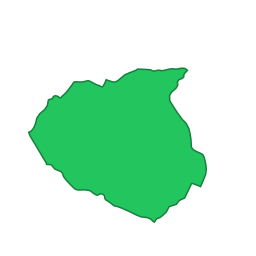 Zimbabwe, Equal Earth projection, rotated 113°
{"feature_id": "ZWE", "entity_name": "Zimbabwe", "entity_type": "country or territory", "adm_level": 0, "iso_a3": "ZWE", "parent_name": "Africa", "parent_adm1": "", "projection": "equal_earth", "projection_center": [29.641, -19.023], "detail": "fine", "context": "isolated", "style": "filled", "palette": "green", "viewbox_px": 256, "rotation_deg": 113, "n_neighbors": 0, "source": "natural_earth", "source_scale": "50m", "svg_char_len": 2101}
<svg xmlns="http://www.w3.org/2000/svg" viewBox="0 0 256 256"><g transform="rotate(113 128 128)"><path d="M170.8,217.7L169.0,216.2L166.6,215.2L163.5,214.8L159.5,214.9L154.6,215.8L149.3,214.8L143.7,212.0L139.0,211.0L133.4,212.2L133.2,212.2L132.2,211.3L130.7,209.2L128.1,208.9L127.4,208.4L126.8,207.6L126.5,206.6L126.3,205.5L126.7,202.2L126.5,201.8L125.8,201.4L124.4,201.0L121.0,199.4L116.8,198.0L109.9,196.3L107.3,195.9L106.6,195.4L105.9,194.2L104.5,190.3L103.3,187.7L100.3,183.7L99.8,182.5L100.0,179.4L100.2,176.8L100.5,174.6L100.3,172.6L100.3,170.1L100.4,168.4L100.0,167.7L98.9,167.2L95.8,166.9L92.1,167.0L92.0,164.5L91.6,160.5L90.9,158.2L90.0,157.1L88.3,155.8L84.9,154.1L80.1,151.6L76.1,147.7L71.5,143.0L70.0,142.2L68.3,137.7L65.6,130.1L65.8,127.5L65.4,126.3L62.8,122.5L62.3,120.5L61.8,118.6L57.7,113.1L56.3,110.6L55.3,107.6L54.2,105.1L53.3,104.1L52.2,102.4L51.4,100.5L51.0,99.0L51.3,97.1L51.7,95.8L55.5,97.2L57.6,97.3L59.2,96.6L61.2,97.5L63.7,100.0L66.3,100.5L69.1,98.9L73.0,99.4L77.8,101.9L81.9,102.4L86.6,100.2L90.9,94.1L94.8,88.3L98.8,81.6L101.1,76.2L104.6,71.9L109.2,68.5L113.9,65.6L121.0,62.1L122.5,59.2L122.9,56.1L122.9,51.7L123.3,48.9L124.1,47.6L125.3,46.5L126.8,45.2L131.5,41.9L135.5,39.8L140.3,38.4L145.6,38.3L150.7,38.3L153.6,38.3L153.6,42.5L153.9,47.3L154.4,47.8L158.3,47.9L164.4,48.2L170.3,48.5L174.1,52.0L175.4,52.7L179.3,53.6L184.3,59.4L190.3,59.9L194.5,61.7L198.1,63.7L200.2,66.0L201.6,66.5L203.4,66.7L204.3,66.9L204.1,68.6L202.9,71.5L203.0,75.6L204.7,81.3L204.8,86.3L204.3,95.0L204.2,103.5L204.4,106.5L204.7,108.5L205.0,109.6L204.9,110.9L203.9,114.4L203.1,118.1L203.0,119.6L202.7,120.7L202.1,121.6L199.5,123.3L199.0,124.4L199.0,126.3L199.3,127.9L200.3,128.5L201.5,129.4L202.0,130.7L202.0,131.9L201.6,134.3L200.5,138.2L201.5,142.7L202.7,145.6L204.3,149.0L204.9,151.1L204.9,152.5L204.6,154.0L202.1,160.1L200.4,164.0L198.2,168.0L195.4,170.6L194.6,171.8L194.3,173.2L194.4,176.3L194.3,179.5L191.8,184.4L193.3,188.6L193.0,189.0L192.1,189.6L188.7,194.4L185.1,199.2L182.6,202.7L179.6,206.7L176.4,211.2L173.6,215.0L170.8,217.7Z" fill="#22c55e" stroke="#15803d" stroke-width="1.5"/></g></svg>